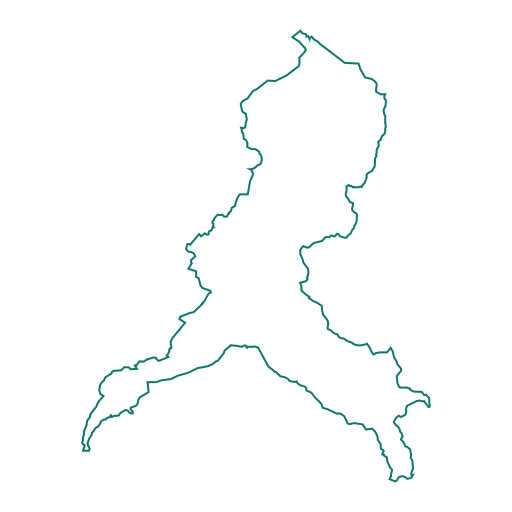 Gurahont, Arad, Romania
{"feature_id": "2599482B35210166851788", "entity_name": "Gurahont", "entity_type": "district", "adm_level": 2, "iso_a3": "ROU", "parent_name": "Romania", "parent_adm1": "Arad", "projection": "equal_earth", "projection_center": [22.355, 46.301], "detail": "fine", "context": "isolated", "style": "outline", "palette": "teal", "viewbox_px": 512, "rotation_deg": 0, "n_neighbors": 0, "source": "geoboundaries", "source_scale": "gbopen_adm2", "svg_char_len": 6056}
<svg xmlns="http://www.w3.org/2000/svg" viewBox="0 0 512 512"><path d="M88.9,450.8L89.7,448.6L87.7,444.4L87.7,442.6L89.1,438.9L91.7,434.7L92.0,432.7L93.6,431.2L95.6,427.9L98.1,426.5L100.1,423.8L101.1,421.2L103.7,419.7L105.1,419.7L107.8,417.7L110.0,417.1L110.7,415.2L111.2,415.3L111.4,416.8L111.9,417.0L114.4,415.8L118.6,415.6L120.6,412.8L125.5,410.0L127.7,410.6L129.1,412.3L131.2,413.5L132.7,413.3L132.8,411.9L130.5,408.9L130.9,407.6L136.3,405.6L137.7,403.4L138.3,399.7L140.2,397.1L148.6,392.1L147.6,382.2L156.4,382.1L161.4,380.3L170.8,379.1L177.6,375.8L188.3,372.7L197.4,368.2L208.0,366.2L213.2,363.7L215.8,361.4L217.7,360.9L223.6,353.4L224.8,350.3L229.7,346.5L230.4,345.3L236.8,345.8L241.3,346.8L245.0,345.4L246.4,346.3L246.6,347.5L247.1,347.8L247.8,346.7L252.4,346.9L254.4,346.4L258.0,347.5L268.4,366.6L273.3,370.3L273.9,371.3L276.1,372.1L280.4,376.3L284.7,377.2L288.1,379.0L289.5,381.0L294.0,381.9L296.8,381.5L297.5,383.3L298.4,384.0L300.7,385.4L304.5,386.4L306.3,388.1L306.2,390.3L311.3,392.6L314.8,397.2L321.2,403.6L322.8,407.8L327.6,409.2L337.1,413.8L339.3,413.3L341.0,413.9L344.3,416.3L347.7,423.4L349.5,424.1L354.3,423.1L362.7,424.4L365.9,429.5L372.1,428.7L373.9,430.2L375.6,432.4L377.6,436.8L377.7,439.8L380.6,444.0L380.9,448.9L382.8,449.8L383.7,450.9L382.4,453.6L382.4,454.6L384.0,454.7L384.0,455.6L386.9,457.3L387.3,461.3L390.0,467.3L392.1,469.9L391.0,474.7L391.0,476.2L389.6,479.2L395.1,481.3L396.5,480.8L398.9,477.1L402.4,476.1L404.9,477.0L407.5,478.9L411.3,477.7L412.8,475.1L411.7,475.3L411.3,473.9L411.5,471.9L413.0,469.0L412.4,460.5L410.7,457.9L411.1,454.7L410.1,449.3L407.5,447.1L405.4,446.4L403.7,442.5L401.0,439.5L401.5,438.1L402.6,437.0L401.6,433.1L400.1,431.7L399.4,428.6L397.6,426.3L396.4,425.7L393.8,422.2L396.0,417.9L398.6,415.7L401.2,417.0L404.9,415.0L405.8,413.7L406.3,411.4L406.0,408.7L407.1,405.8L416.8,401.0L419.8,400.5L422.3,401.4L424.1,401.1L428.3,406.9L429.4,406.9L429.9,405.0L429.3,403.3L429.2,398.1L425.9,394.7L424.7,395.1L423.9,394.7L421.6,391.9L413.9,391.6L410.4,389.9L409.8,389.2L409.8,388.5L406.7,387.6L400.6,387.6L399.1,386.9L397.4,382.9L396.8,376.1L401.0,370.9L401.2,369.7L400.4,367.8L397.3,364.3L396.6,361.4L394.1,357.4L392.7,351.4L390.7,347.8L387.1,352.3L379.5,352.4L375.5,353.2L374.5,354.2L373.2,354.3L370.6,349.9L370.1,348.2L366.9,343.6L365.6,344.4L359.9,345.5L355.9,345.0L353.4,344.0L352.0,342.7L347.0,341.0L344.5,338.8L340.5,338.0L339.3,337.3L337.2,334.2L335.7,334.0L333.5,332.8L330.1,329.8L328.3,329.5L327.5,328.1L328.3,323.4L327.3,320.0L323.0,314.4L322.0,309.6L321.8,305.9L317.9,303.2L313.5,301.2L308.8,298.0L309.3,296.6L306.8,295.3L301.4,290.6L301.4,286.1L300.1,282.8L306.2,281.1L307.5,279.0L306.9,277.8L307.9,276.2L307.7,275.5L308.4,273.0L308.0,268.9L303.4,262.5L302.4,258.8L300.4,254.4L300.2,250.3L300.7,249.1L303.3,246.1L306.8,247.6L308.9,247.5L312.8,243.7L314.3,242.9L322.1,240.9L325.5,237.1L329.4,237.2L330.8,235.8L332.1,235.5L333.8,236.5L334.7,236.4L337.0,233.8L338.1,234.0L339.9,236.0L341.5,236.8L344.7,237.7L346.7,237.5L347.5,235.9L350.8,233.2L352.3,229.8L353.8,228.2L354.3,225.9L355.9,223.5L356.8,219.8L356.9,214.7L356.5,213.5L354.8,212.8L352.6,210.6L352.0,208.9L353.0,204.9L352.9,203.0L350.6,202.4L349.2,201.1L348.7,199.5L345.9,196.0L345.8,193.3L346.6,190.6L346.6,186.2L348.8,185.1L349.4,186.0L351.3,185.9L353.0,187.3L354.2,186.9L355.1,187.4L358.8,187.2L360.3,186.5L361.7,187.1L361.9,186.2L364.7,182.8L366.6,177.8L366.6,174.8L366.9,174.1L369.3,172.3L371.8,171.2L374.7,166.4L375.1,158.4L376.4,156.1L376.1,154.1L376.6,152.8L376.7,149.7L378.8,145.6L378.2,141.9L380.6,139.7L381.9,136.3L384.3,134.1L385.2,131.8L385.3,128.2L385.8,126.8L385.2,122.1L385.3,116.2L384.2,114.1L383.6,111.1L384.1,108.5L385.2,107.0L385.8,103.8L385.9,100.4L384.3,98.1L384.5,95.3L385.1,94.2L381.0,94.4L376.2,91.8L376.0,90.4L376.7,84.5L376.1,82.9L374.9,81.3L371.5,78.9L365.1,77.5L360.4,69.3L358.6,63.6L344.6,62.8L319.7,43.7L317.7,41.5L314.1,39.6L311.5,36.6L309.6,38.1L309.5,39.0L308.2,36.2L307.4,36.1L306.5,36.6L305.9,34.3L302.1,33.1L300.4,30.7L292.3,37.2L299.1,41.6L305.0,48.1L305.9,49.9L303.6,53.3L299.3,57.6L299.5,63.1L298.9,66.0L286.5,75.5L275.3,81.0L267.6,80.6L257.0,89.0L253.0,91.0L247.4,98.6L242.7,100.9L240.7,103.8L242.0,110.7L243.0,112.2L245.8,113.7L246.8,119.6L245.7,123.4L245.3,127.4L243.5,128.1L241.1,127.7L241.8,129.6L241.8,131.8L243.3,133.8L243.7,138.8L245.5,139.6L246.7,141.4L247.5,143.6L247.1,146.8L251.4,149.0L255.6,149.2L259.2,151.7L259.4,153.4L260.9,155.3L261.5,157.0L261.8,159.8L261.2,162.8L259.9,164.5L257.3,165.5L255.0,167.7L252.3,169.1L250.0,169.2L251.2,169.8L253.0,173.4L252.7,175.4L250.0,181.5L247.8,194.3L240.2,194.3L239.1,195.1L237.4,198.1L235.6,202.8L235.0,206.0L231.7,207.9L231.0,211.0L228.8,212.8L229.0,213.8L228.2,214.2L226.7,216.7L224.2,216.7L222.6,215.0L221.6,214.7L219.9,215.1L218.5,214.6L217.0,215.4L214.6,218.1L214.0,219.0L214.2,219.9L212.5,221.5L212.4,222.8L213.3,223.6L213.4,225.1L212.6,226.9L213.4,227.2L213.0,227.4L211.3,230.5L209.2,231.2L208.6,232.3L208.9,233.3L208.4,234.5L206.8,234.7L204.9,233.3L201.0,236.3L199.1,234.1L190.1,244.8L189.6,244.2L187.5,244.0L186.0,249.0L188.5,251.6L191.7,252.2L193.5,253.4L194.5,254.5L195.2,256.4L191.2,260.0L191.0,261.9L191.8,263.3L188.4,268.7L196.1,271.3L196.1,277.0L198.7,278.1L200.4,285.2L201.1,286.2L202.4,288.0L210.3,290.8L210.9,292.3L208.5,293.7L204.5,301.0L202.3,303.2L202.7,303.5L193.8,312.0L189.5,313.1L180.2,316.7L179.4,319.0L185.1,322.8L172.4,338.2L170.6,341.8L171.4,347.3L171.1,348.2L170.0,348.3L169.9,349.1L169.2,349.7L169.4,351.1L167.4,355.0L166.8,355.5L168.3,357.0L158.8,360.9L156.4,359.1L156.1,357.9L153.5,357.5L147.1,359.4L143.6,361.7L139.6,361.3L136.1,365.7L135.7,365.2L134.8,365.5L136.9,368.8L130.4,369.3L129.0,367.4L124.3,367.2L121.2,370.3L113.6,370.9L111.9,371.9L111.5,373.5L105.4,377.3L103.9,380.5L101.3,383.0L100.1,385.1L99.3,390.2L100.3,394.0L103.5,396.0L99.7,400.3L97.7,403.3L96.2,406.8L90.5,414.1L89.7,417.6L87.8,419.7L87.0,421.7L86.4,425.8L83.9,431.4L84.2,432.0L83.7,433.7L84.0,434.6L83.1,436.9L82.8,440.9L82.1,442.8L82.8,444.0L84.3,444.9L84.5,446.4L83.0,450.7L88.9,450.8Z" fill="none" stroke="#0f766e" stroke-width="2"/></svg>